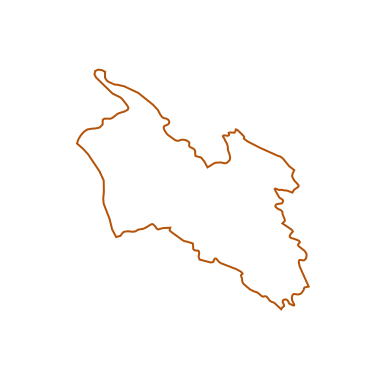 Utenos, Robinson projection, rotated 217°
{"feature_id": "LTU-1074", "entity_name": "Utenos", "entity_type": "County", "adm_level": 1, "iso_a3": "LTU", "parent_name": "Lithuania", "parent_adm1": "", "projection": "robinson", "projection_center": [25.525, 55.493], "detail": "fine", "context": "isolated", "style": "outline", "palette": "amber", "viewbox_px": 384, "rotation_deg": 217, "n_neighbors": 0, "source": "natural_earth", "source_scale": "10m", "svg_char_len": 4039}
<svg xmlns="http://www.w3.org/2000/svg" viewBox="0 0 384 384"><g transform="rotate(217 192 192)"><path d="M313.0,161.5L314.4,165.6L314.9,170.3L314.6,174.9L313.3,178.8L310.6,181.8L307.3,184.7L304.6,187.9L304.0,192.1L306.6,195.7L306.2,197.8L301.3,201.4L300.2,203.3L298.4,209.8L297.4,211.5L294.2,215.9L292.8,219.2L293.5,221.0L295.7,222.1L303.9,224.3L306.3,224.4L314.6,222.8L337.6,225.7L340.8,227.4L342.1,230.4L340.6,233.2L337.3,235.1L333.7,235.7L333.3,235.0L330.4,231.1L329.1,230.5L327.2,229.8L325.2,229.7L318.9,231.1L317.6,231.7L316.7,232.5L309.8,235.6L294.4,238.8L275.7,238.2L268.7,237.0L263.8,234.7L261.2,233.9L259.5,233.9L258.2,234.4L256.9,235.1L254.4,235.4L252.6,234.7L251.7,233.0L251.9,231.3L252.8,229.6L253.7,228.4L253.8,227.1L252.9,225.9L251.1,224.7L247.4,223.4L245.5,223.1L236.8,223.3L236.4,223.4L235.5,223.6L234.7,224.0L233.8,224.7L233.2,225.3L232.3,226.8L231.8,227.4L231.0,228.1L229.7,229.0L227.9,229.7L225.5,230.1L223.9,229.8L223.3,229.2L223.0,228.4L222.6,227.7L221.7,226.9L220.7,226.7L216.7,227.5L215.1,227.2L213.9,226.4L212.5,224.4L210.8,222.9L205.6,225.0L200.5,223.8L194.4,221.0L191.7,228.0L190.9,229.5L186.7,233.0L182.8,234.8L182.0,235.8L181.6,237.0L181.1,239.7L181.6,241.2L182.2,242.4L184.3,244.3L188.5,247.1L189.4,248.1L190.1,249.1L192.4,251.1L193.9,252.0L196.4,253.0L197.5,253.7L198.8,254.3L200.2,254.7L201.0,255.4L200.5,256.5L197.2,258.5L196.7,259.5L197.0,260.3L197.8,260.8L198.3,261.3L197.9,262.0L196.8,262.9L194.0,264.7L193.8,266.1L194.1,267.3L194.7,268.3L194.0,268.7L192.2,268.8L184.7,267.8L183.4,267.3L183.1,266.6L182.6,265.9L178.3,265.8L163.9,268.3L145.0,272.6L143.2,273.3L141.1,273.6L138.8,273.3L130.1,271.1L123.5,271.0L122.6,267.0L122.3,266.1L121.5,264.8L119.1,263.5L117.1,262.7L111.5,261.7L110.5,261.1L110.2,260.1L110.9,258.1L111.8,255.4L111.5,251.9L116.2,250.6L117.5,250.0L119.5,248.7L121.9,247.6L123.4,246.2L124.7,245.7L126.4,245.4L127.5,244.9L127.7,244.1L125.8,243.1L119.1,240.2L117.5,240.1L116.1,240.4L114.7,240.3L113.8,239.6L113.3,237.5L113.9,236.4L116.1,234.4L116.8,233.4L117.3,232.3L117.2,231.3L116.3,230.5L114.1,230.2L112.3,230.4L110.6,230.9L109.3,231.0L107.9,230.6L106.2,228.7L102.4,226.5L101.1,225.6L100.5,224.8L100.9,221.3L90.3,221.9L89.0,221.7L87.7,221.2L87.7,220.4L87.8,219.1L87.9,217.8L87.7,216.3L87.1,215.1L86.5,214.8L85.5,214.9L79.9,216.8L77.3,217.4L76.0,217.1L75.5,216.5L75.7,215.4L75.8,214.3L75.1,213.2L73.7,212.9L67.0,212.8L64.8,212.2L63.1,211.3L62.3,210.2L61.6,209.0L61.1,207.9L61.0,206.9L61.1,205.7L61.6,204.7L62.4,204.0L64.5,203.1L65.2,202.5L65.2,201.5L64.3,200.0L61.0,197.2L41.9,186.7L44.6,183.5L44.6,182.4L44.2,181.7L43.9,181.1L43.8,180.4L43.7,177.5L44.1,175.9L45.2,174.4L46.7,173.3L49.2,171.9L49.7,171.0L49.6,169.9L48.7,167.7L47.3,166.2L45.7,165.1L43.9,164.3L42.6,163.6L42.2,162.9L43.2,162.2L47.2,161.4L48.2,161.8L49.1,162.5L50.7,163.0L52.2,162.8L53.4,161.8L54.1,160.6L54.0,159.8L53.4,158.7L50.5,157.1L49.8,156.3L50.1,155.0L50.4,154.2L50.2,152.0L59.3,153.0L60.8,152.7L62.9,152.1L64.6,152.0L68.5,153.2L69.8,153.3L70.9,152.7L71.5,152.1L71.9,151.5L72.6,151.0L73.8,150.8L78.2,151.1L80.1,150.9L82.7,149.9L86.9,149.1L95.5,149.6L96.1,149.8L98.1,150.9L98.5,151.3L99.6,152.6L100.4,153.3L102.5,154.6L102.8,155.3L102.4,156.8L102.6,157.4L103.9,157.7L105.9,157.7L109.9,157.1L125.8,152.6L126.9,152.5L128.4,152.4L131.4,153.1L132.7,153.3L133.5,152.8L133.7,151.6L132.9,149.0L133.9,147.7L134.8,146.9L145.3,142.6L148.0,144.5L148.5,145.8L149.5,147.6L150.5,148.5L151.3,148.9L152.1,148.7L153.7,147.6L154.7,147.1L156.1,147.0L157.3,147.8L157.8,148.6L160.4,151.4L166.0,149.4L168.1,148.3L170.0,147.9L184.9,147.6L186.6,147.9L187.1,148.3L187.4,148.9L187.6,149.4L187.9,150.4L193.0,146.1L194.1,145.0L196.1,142.1L197.3,141.5L198.4,141.6L201.1,142.5L203.6,142.7L204.5,142.4L205.3,141.3L207.4,135.9L208.7,133.4L212.4,129.4L213.1,127.4L214.0,125.9L215.8,124.3L218.6,122.7L220.0,121.7L221.7,120.0L222.6,118.8L222.8,117.1L222.8,113.9L225.5,110.4L233.3,114.1L241.8,121.0L255.5,129.5L259.0,133.4L262.2,138.7L269.5,148.1L278.2,152.8L297.4,159.5L305.2,161.0L313.0,161.5Z" fill="none" stroke="#b45309" stroke-width="2"/></g></svg>